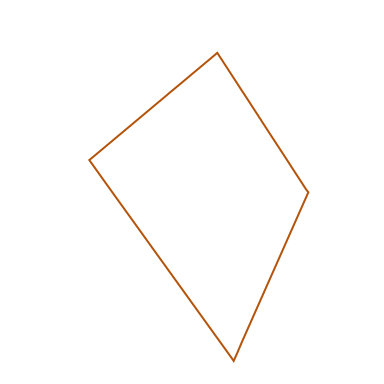 the district of Al Ghayl, Al Jawf, Yemen, rotated 294°
{"feature_id": "15242507B85587651128626", "entity_name": "Al Ghayl", "entity_type": "district", "adm_level": 2, "iso_a3": "YEM", "parent_name": "Yemen", "parent_adm1": "Al Jawf", "projection": "robinson", "projection_center": [44.71, 16.09], "detail": "fine", "context": "isolated", "style": "outline", "palette": "amber", "viewbox_px": 384, "rotation_deg": 294, "n_neighbors": 0, "source": "geoboundaries", "source_scale": "gbopen_adm2", "svg_char_len": 676}
<svg xmlns="http://www.w3.org/2000/svg" viewBox="0 0 384 384"><g transform="rotate(294 192 192)"><path d="M179.4,85.2L169.8,101.5L163.8,111.7L157.3,122.8L146.8,140.8L143.8,146.0L124.8,178.5L116.6,192.6L56.5,295.7L54.6,298.8L63.8,298.8L75.4,298.6L231.9,298.4L233.6,298.4L238.7,298.4L239.1,298.4L240.7,295.3L257.7,269.1L258.2,268.4L268.4,252.6L285.2,226.6L285.9,225.7L287.8,222.6L288.2,222.1L294.1,213.0L299.7,204.4L303.8,198.0L304.8,196.4L307.1,192.9L311.6,186.0L329.4,158.5L325.2,156.5L299.9,144.1L293.7,141.1L283.7,136.2L277.6,133.2L273.0,130.9L272.1,130.5L270.2,129.6L256.9,123.1L254.7,122.0L235.0,112.4L179.4,85.2Z" fill="none" stroke="#b45309" stroke-width="2"/></g></svg>